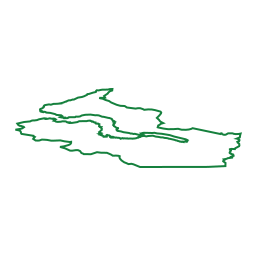 outline of Gratangen nor, Norway
{"feature_id": "86288312B27152726766865", "entity_name": "Gratangen nor", "entity_type": "district", "adm_level": 2, "iso_a3": "NOR", "parent_name": "Norway", "parent_adm1": "", "projection": "equal_earth", "projection_center": [17.46, 68.708], "detail": "fine", "context": "isolated", "style": "outline", "palette": "green", "viewbox_px": 256, "rotation_deg": 0, "n_neighbors": 0, "source": "geoboundaries", "source_scale": "gbopen_adm2", "svg_char_len": 5850}
<svg xmlns="http://www.w3.org/2000/svg" viewBox="0 0 256 256"><path d="M225.4,166.1L225.5,162.9L223.2,161.3L223.4,160.6L224.5,159.9L223.9,159.3L226.6,158.8L227.7,158.2L232.2,157.6L232.3,157.2L231.4,156.6L233.6,155.8L233.5,155.2L233.0,155.0L232.9,154.4L231.2,154.0L231.1,153.6L230.0,153.3L229.6,152.8L229.9,151.9L231.0,150.6L230.9,149.8L229.1,149.4L231.4,148.9L234.9,149.1L235.2,148.3L239.1,146.2L239.4,145.4L239.2,143.8L237.7,142.6L237.7,142.3L237.4,141.9L239.1,141.2L239.4,140.4L238.8,139.9L239.1,139.6L238.3,138.9L236.8,138.6L239.8,137.4L240.2,134.9L240.6,133.6L238.5,134.0L235.6,134.1L233.6,133.8L233.0,133.5L232.2,133.3L228.8,133.3L228.0,133.4L225.7,134.7L224.0,134.8L222.2,134.2L221.7,133.7L221.7,133.4L221.4,133.3L220.6,133.5L220.3,134.0L192.6,128.2L191.2,128.9L188.8,129.5L185.9,129.8L181.6,129.7L178.1,128.8L174.0,129.1L168.1,129.2L163.7,128.6L158.4,127.5L157.7,127.3L158.2,125.5L159.6,124.8L160.8,123.8L163.2,123.1L160.7,121.8L159.8,121.0L159.0,119.8L156.9,117.9L159.4,115.4L161.0,113.4L161.2,112.5L160.5,111.6L155.0,110.1L151.8,109.5L148.2,109.4L144.2,109.8L142.9,109.1L140.2,108.2L137.9,108.2L135.6,108.6L126.9,107.5L125.0,106.2L124.3,106.0L120.3,105.8L116.7,104.8L111.2,102.5L109.0,101.0L105.6,100.0L102.7,98.7L100.2,98.3L99.3,97.9L103.2,97.9L105.1,97.6L104.1,96.0L107.8,93.5L108.2,92.7L109.9,91.2L112.2,90.5L112.4,89.0L109.8,89.1L107.9,89.6L102.2,89.7L100.3,90.0L98.8,90.4L96.7,90.3L96.0,91.1L96.0,91.8L95.4,92.1L93.1,92.6L88.8,94.0L87.4,94.1L87.1,94.8L84.0,96.3L81.9,97.0L78.0,97.6L73.8,99.6L72.8,99.5L70.4,100.3L68.9,100.3L66.9,101.1L66.5,101.5L65.9,101.5L63.0,102.7L59.7,103.5L58.8,103.4L59.2,103.6L56.9,103.8L53.5,103.9L50.9,104.7L49.0,104.4L45.0,105.1L44.1,105.6L43.8,106.1L44.1,106.3L44.0,106.8L43.3,107.3L43.3,107.6L41.8,108.5L40.3,109.0L40.0,109.7L40.1,110.2L40.2,110.5L41.6,111.0L40.9,111.6L41.1,111.7L43.4,112.2L44.1,111.8L44.7,111.8L45.7,112.1L45.9,112.4L46.5,112.6L50.3,112.9L54.7,114.0L55.6,114.3L56.3,114.9L61.2,115.3L62.5,116.3L62.4,116.6L61.1,117.0L62.4,117.3L61.8,117.5L62.3,117.6L64.0,117.6L63.7,117.9L63.9,118.2L67.5,118.1L68.2,117.8L68.2,117.6L68.7,117.3L69.8,117.2L74.4,117.2L75.3,117.1L75.9,116.6L77.9,116.7L79.6,116.5L80.1,116.4L81.7,115.5L85.2,114.8L90.5,114.6L95.4,115.3L96.8,115.2L98.8,115.4L102.1,116.7L103.6,116.8L108.3,117.9L109.4,118.0L111.8,118.9L112.0,119.6L112.6,120.1L112.7,120.6L113.7,121.0L113.5,121.4L114.2,121.3L114.2,121.5L115.1,122.0L114.3,122.7L114.6,123.2L113.5,123.9L113.4,124.3L113.8,124.5L113.3,125.2L114.0,125.9L114.0,126.1L114.9,126.6L115.7,127.3L116.7,127.8L118.0,128.1L118.0,128.4L117.6,128.4L117.7,128.5L116.8,129.1L116.9,129.4L116.5,129.8L116.7,130.1L117.0,130.2L117.2,130.7L117.6,130.9L120.9,131.4L123.5,132.2L129.1,133.0L130.8,133.6L131.8,133.5L133.6,134.0L134.8,133.8L140.2,135.2L142.3,134.5L142.3,134.2L142.7,134.1L142.1,133.8L141.0,133.8L140.8,133.5L142.3,133.4L141.6,133.2L143.8,132.8L152.4,133.0L154.4,132.8L157.1,133.4L161.8,133.8L169.7,135.1L174.4,136.6L185.7,139.3L187.2,140.0L186.8,140.5L186.8,141.0L187.1,140.7L187.3,140.8L186.8,141.1L186.4,141.0L186.5,141.3L187.9,141.6L185.9,141.6L185.1,141.4L184.5,141.5L183.9,141.9L184.2,141.9L183.8,142.0L184.7,142.3L183.3,142.0L183.0,141.8L183.8,141.8L183.1,141.6L180.7,141.7L180.4,141.5L179.5,141.5L179.1,141.2L177.6,140.9L177.0,140.5L175.9,140.4L174.7,139.9L169.9,138.8L168.8,138.7L168.2,138.4L166.8,138.1L164.5,137.9L162.8,137.4L160.9,137.4L158.5,136.9L155.8,136.6L152.9,135.7L148.2,136.0L146.3,136.4L144.1,135.9L141.7,136.2L140.8,136.2L140.5,136.3L140.9,136.4L140.5,136.9L139.0,137.2L138.3,137.7L137.6,137.7L135.9,138.3L133.7,138.6L133.1,138.5L132.6,138.7L130.8,138.5L127.8,138.6L127.1,138.3L126.4,138.5L124.2,138.3L123.6,138.5L122.7,138.1L122.1,138.4L120.8,138.3L120.6,138.7L119.0,137.8L117.6,137.8L116.1,137.5L115.6,137.7L113.9,137.2L113.6,137.5L112.8,137.4L113.1,137.1L112.9,136.8L112.6,136.8L113.0,137.1L112.8,137.3L111.9,137.3L111.7,137.3L112.0,137.6L110.9,137.6L110.0,137.0L109.9,136.7L110.3,136.2L109.2,135.4L108.1,135.3L107.1,134.9L106.6,135.1L106.4,135.5L106.8,135.6L106.6,135.9L107.2,136.0L107.4,136.5L107.6,136.6L104.8,136.7L105.0,136.5L104.6,136.6L100.4,134.9L100.2,134.8L100.4,134.7L99.9,134.6L100.0,134.5L99.8,134.4L99.7,133.9L99.4,133.8L100.4,133.5L100.1,133.4L99.8,133.1L100.0,133.0L99.5,132.9L99.3,132.6L99.8,132.2L99.6,132.0L99.9,131.9L99.7,131.9L99.8,131.7L101.0,130.4L101.7,130.0L101.8,129.1L101.8,128.6L101.0,127.8L101.4,127.1L100.2,127.1L99.9,127.0L100.0,126.6L99.1,126.2L99.4,125.1L98.6,124.2L98.9,124.0L97.9,123.5L97.1,123.7L95.8,123.5L95.4,123.1L95.5,122.5L93.7,122.2L93.4,121.8L92.3,121.7L92.4,121.4L90.4,120.9L90.4,120.7L90.0,120.6L87.8,120.8L86.8,121.1L79.2,121.2L77.3,122.1L72.1,122.9L69.3,123.0L68.1,122.6L68.5,122.3L67.5,122.3L65.7,121.4L62.4,121.3L60.9,121.7L57.6,121.9L55.9,121.6L55.0,121.0L54.0,120.8L54.4,120.5L54.3,120.4L54.9,120.4L54.8,119.9L55.8,119.8L55.3,119.6L55.6,119.4L55.1,119.2L55.0,118.9L54.0,118.6L51.4,118.7L49.9,118.3L47.1,118.9L45.6,119.0L44.7,118.7L45.0,118.4L44.1,118.3L39.0,119.3L37.0,120.1L34.0,120.5L33.1,120.4L31.5,120.7L30.2,121.4L24.1,122.0L17.3,123.6L18.3,125.0L18.8,125.3L19.9,125.9L20.8,125.9L23.7,126.8L24.0,127.2L23.2,127.6L22.6,128.2L20.8,128.8L15.4,129.7L18.7,130.3L20.2,130.9L20.5,131.3L20.9,132.1L20.9,132.9L21.5,133.9L33.5,135.8L33.5,136.5L34.8,137.0L33.2,138.9L35.6,140.5L38.0,140.6L39.3,140.5L41.9,139.6L44.3,139.7L47.1,139.9L51.3,140.7L52.7,140.7L60.3,140.4L64.4,141.3L69.9,142.0L71.1,141.8L71.1,142.9L70.7,143.7L69.9,144.4L68.6,145.0L64.1,146.3L60.0,146.9L65.2,148.4L70.0,150.6L72.0,150.7L76.2,150.1L77.9,150.1L79.7,150.9L80.2,151.2L81.4,153.0L83.4,153.8L83.7,154.1L90.9,154.2L97.0,152.2L100.9,152.7L106.9,152.8L110.9,154.5L112.8,155.7L116.1,155.6L118.5,155.8L119.7,156.2L119.5,157.6L120.0,158.7L121.5,160.4L124.2,162.3L126.1,163.0L128.5,164.1L131.4,163.8L133.4,164.3L140.0,167.0L207.8,166.9L225.4,166.1Z" fill="none" stroke="#15803d" stroke-width="2"/></svg>